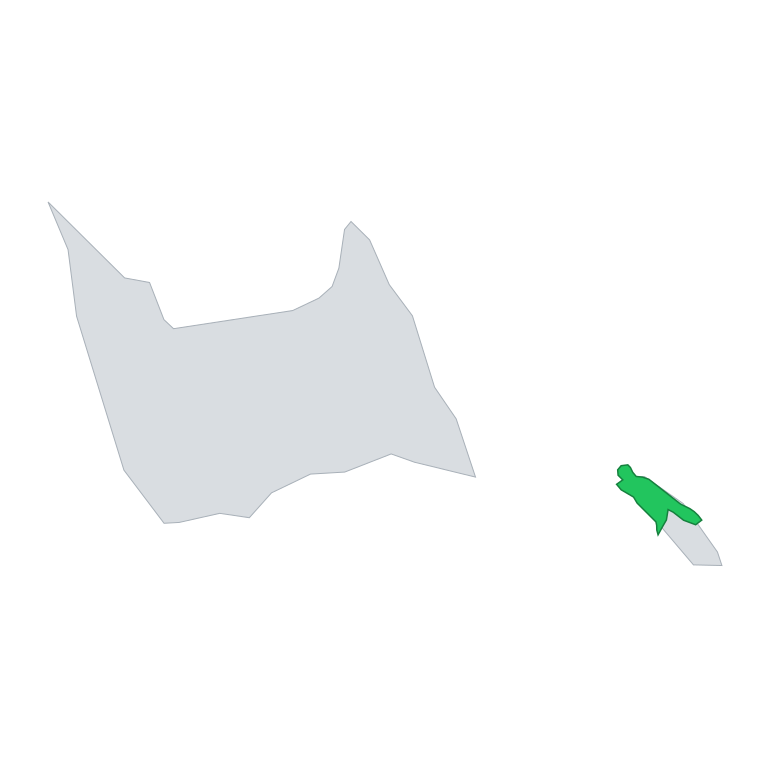 location of Western Tobago within Trinidad and Tobago, rotated 75°
{"feature_id": "TTO-5090", "entity_name": "Western Tobago", "entity_type": "Region", "adm_level": 1, "iso_a3": "TTO", "parent_name": "Trinidad and Tobago", "parent_adm1": "", "projection": "natural_earth1", "projection_center": [-60.737, 11.226], "detail": "fine", "context": "in_parent", "style": "filled", "palette": "green", "viewbox_px": 768, "rotation_deg": 75, "n_neighbors": 0, "source": "natural_earth", "source_scale": "10m", "svg_char_len": 1049}
<svg xmlns="http://www.w3.org/2000/svg" viewBox="0 0 768 768"><g transform="rotate(75 384 384)"><path d="M461.6,632.5L399.9,657.5L239.0,663.4L172.4,654.4L121.2,661.4L214.4,607.1L225.3,584.2L264.9,579.9L276.1,573.0L289.4,453.2L284.2,424.6L276.4,408.9L260.4,397.6L224.5,382.1L218.5,373.8L241.1,360.6L289.4,353.2L325.5,338.9L400.2,336.0L436.4,323.3L497.6,319.7L467.5,374.7L453.4,395.2L458.9,444.7L452.0,478.3L460.0,520.8L478.3,548.7L466.4,576.2L464.7,617.7L461.6,632.5ZM559.0,169.7L538.4,174.1L540.8,156.4L577.0,125.9L632.6,105.4L646.8,104.6L638.8,131.9L559.0,169.7Z" fill="#d9dde1" stroke="#a8b0b8" stroke-width="1"/><path d="M600.6,158.3L595.7,158.3L591.1,157.2L587.6,157.0L564.6,170.3L557.8,172.2L547.6,182.3L541.1,185.3L538.4,178.2L532.7,181.5L527.4,180.5L524.3,176.1L525.2,169.4L528.4,167.6L533.7,166.6L538.6,164.3L540.8,158.5L544.6,152.8L576.8,128.6L583.6,120.8L587.6,117.4L592.4,114.5L597.7,112.3L600.6,119.4L593.1,129.9L582.6,137.9L578.8,142.1L588.4,146.4L593.9,151.9L600.6,158.3Z" fill="#22c55e" stroke="#15803d" stroke-width="1.5"/></g></svg>